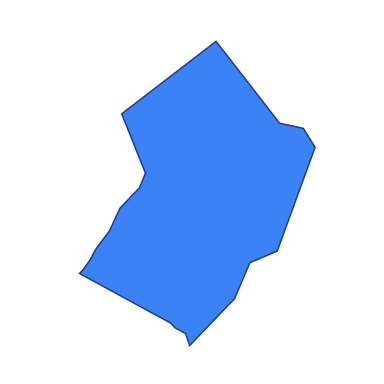 outline of São Francisco do Piauí, Piauí, Brazil, rotated 218°
{"feature_id": "56859067B40076274013085", "entity_name": "São Francisco do Piauí", "entity_type": "district", "adm_level": 2, "iso_a3": "BRA", "parent_name": "Brazil", "parent_adm1": "Piauí", "projection": "orthographic", "projection_center": [-42.497, -7.192], "detail": "fine", "context": "isolated", "style": "filled", "palette": "blue", "viewbox_px": 384, "rotation_deg": 218, "n_neighbors": 0, "source": "geoboundaries", "source_scale": "gbopen_adm2", "svg_char_len": 591}
<svg xmlns="http://www.w3.org/2000/svg" viewBox="0 0 384 384"><g transform="rotate(218 192 192)"><path d="M295.5,210.3L240.3,178.2L236.0,163.1L238.8,135.0L233.1,110.7L232.8,91.3L232.4,86.0L231.9,83.1L230.8,78.2L230.4,73.2L230.3,71.0L230.1,67.1L230.0,63.4L230.5,58.5L227.6,58.9L206.6,62.5L149.9,71.9L147.0,72.5L127.8,75.6L121.8,74.5L110.1,76.5L99.3,69.6L97.9,83.6L92.8,134.0L95.0,142.5L102.9,171.9L93.6,188.6L88.5,198.0L122.5,303.0L135.4,307.7L143.4,310.7L145.1,309.9L165.3,300.1L228.0,316.0L265.8,325.5L293.9,216.7L295.5,210.3Z" fill="#3b82f6" stroke="#1e3a8a" stroke-width="1.5"/></g></svg>